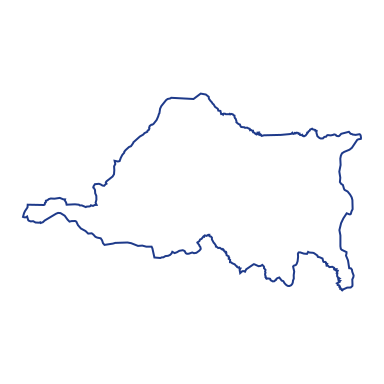 the district of Sucua, Morona Santiago, Ecuador
{"feature_id": "8360857B23495862214977", "entity_name": "Sucua", "entity_type": "district", "adm_level": 2, "iso_a3": "ECU", "parent_name": "Ecuador", "parent_adm1": "Morona Santiago", "projection": "mercator", "projection_center": [-78.202, -2.485], "detail": "fine", "context": "isolated", "style": "outline", "palette": "blue", "viewbox_px": 384, "rotation_deg": 0, "n_neighbors": 0, "source": "geoboundaries", "source_scale": "gbopen_adm2", "svg_char_len": 6046}
<svg xmlns="http://www.w3.org/2000/svg" viewBox="0 0 384 384"><path d="M23.0,216.9L24.2,217.3L25.9,217.3L27.1,216.5L28.2,220.1L28.6,220.6L30.7,221.4L33.2,221.2L35.5,222.5L39.1,222.7L40.2,222.3L40.6,223.0L42.9,222.2L44.7,220.5L56.1,213.7L58.1,212.9L60.5,213.1L64.7,215.7L67.6,219.7L69.5,221.6L71.5,221.1L75.1,221.0L76.3,221.6L78.0,225.2L80.9,228.5L85.5,231.0L88.2,233.6L91.7,233.3L93.3,234.5L95.4,236.8L97.2,237.6L100.7,238.3L102.1,240.4L103.0,243.2L104.5,244.9L112.9,243.6L115.3,242.9L127.5,242.5L131.2,243.2L138.0,245.9L142.3,245.6L146.4,246.7L151.6,246.7L152.4,248.4L154.4,257.5L160.4,258.0L161.6,257.4L163.4,257.3L165.4,256.1L168.1,255.8L170.1,254.9L171.5,253.5L172.3,251.8L174.6,253.1L177.0,252.2L179.3,250.8L182.8,250.2L184.6,251.0L185.8,253.2L187.0,253.8L188.8,253.7L192.2,252.5L194.0,253.2L196.4,252.8L199.4,250.6L200.6,249.2L200.7,248.5L200.3,246.9L199.4,245.8L199.2,245.0L197.3,242.6L197.4,242.4L199.3,241.2L200.1,239.5L201.5,238.9L203.4,236.5L204.1,236.7L204.2,235.9L204.8,235.4L206.4,235.9L208.3,234.8L209.2,234.8L209.0,235.5L209.5,235.5L210.0,236.4L211.0,236.6L211.9,237.6L211.9,239.4L213.8,242.9L214.3,243.2L215.9,245.6L215.9,246.6L216.7,246.8L218.2,248.0L219.8,247.8L222.2,249.5L222.8,249.0L223.6,249.7L223.6,250.2L224.4,251.3L226.0,251.8L226.1,252.0L225.4,252.2L225.4,252.5L226.4,253.8L226.6,255.2L228.7,256.4L228.6,257.1L229.2,257.8L228.7,258.8L230.1,259.8L230.0,262.2L231.3,262.4L232.1,263.2L234.7,264.3L236.0,265.8L236.8,266.2L237.1,267.0L238.3,267.6L239.1,267.3L239.5,268.4L240.4,268.5L239.6,269.8L240.2,273.1L242.3,271.2L244.0,271.1L245.0,271.7L246.2,269.3L253.7,264.2L254.4,264.3L258.6,266.2L260.7,265.9L262.3,264.9L263.7,266.3L264.1,267.1L264.0,268.2L265.5,269.9L265.1,271.7L265.5,272.8L265.1,273.7L265.1,274.9L265.6,276.1L265.4,277.0L265.9,277.3L266.1,278.4L266.8,278.8L267.5,278.4L269.9,278.7L270.2,279.0L270.6,280.2L272.8,281.4L274.4,281.2L275.5,280.0L276.1,279.8L276.2,279.2L277.3,278.2L279.3,277.5L281.7,280.6L283.0,281.0L283.5,281.4L284.3,282.9L285.8,284.6L287.5,285.8L288.5,286.0L289.4,286.0L291.2,285.2L292.3,283.8L292.8,282.4L293.0,280.6L293.8,278.6L293.7,275.2L294.2,271.5L293.1,266.6L293.6,265.8L295.8,265.0L296.7,263.8L297.6,261.2L298.1,256.8L297.9,253.9L298.4,252.7L298.7,252.4L300.2,252.4L303.8,253.6L307.0,253.9L308.1,251.9L309.2,252.5L313.0,252.8L314.1,253.2L317.5,255.6L317.6,256.5L318.0,257.0L319.5,257.2L322.5,258.5L323.3,261.6L323.9,262.0L325.2,261.9L326.0,262.5L326.0,263.3L327.1,263.8L326.4,264.7L326.6,265.7L327.8,265.6L329.4,267.1L332.3,266.8L334.1,267.8L334.0,269.0L334.4,269.6L335.1,269.7L335.8,269.1L336.6,269.2L336.0,270.5L336.8,271.1L337.6,271.0L336.8,272.9L337.3,273.0L337.4,273.5L337.1,274.4L337.2,276.3L337.9,277.3L339.3,278.3L338.2,278.6L338.4,279.9L340.0,280.7L339.3,281.1L339.8,281.4L339.7,281.9L337.0,283.3L337.6,283.8L337.7,285.0L339.2,285.4L339.4,286.9L339.9,286.8L339.9,287.5L340.4,287.8L340.2,288.8L341.6,289.1L341.8,290.2L342.3,290.4L343.2,289.4L347.2,287.6L350.7,287.5L352.3,286.1L352.5,285.0L352.3,279.5L353.4,277.0L353.6,275.4L352.3,271.9L351.9,269.6L350.8,268.3L349.2,268.2L348.0,260.4L346.0,255.6L346.5,253.3L346.5,252.1L341.7,249.8L340.8,248.8L340.4,246.2L340.4,235.4L339.4,230.1L341.1,223.1L343.4,218.3L346.7,213.3L349.3,214.3L350.2,214.3L350.8,213.9L351.5,211.4L352.6,209.2L352.6,208.2L352.4,200.1L351.7,197.4L350.1,194.6L347.6,191.5L344.6,189.9L344.0,188.8L342.9,185.0L341.1,183.8L339.9,182.0L340.3,177.7L339.3,171.6L340.6,165.0L340.3,158.6L340.9,155.6L342.0,153.3L344.2,151.9L349.5,149.7L351.9,147.8L357.2,139.9L358.3,139.3L360.8,138.9L361.0,137.9L360.7,135.7L360.2,134.6L359.5,134.2L355.6,134.9L352.6,134.5L351.8,134.0L350.6,133.8L348.9,131.8L341.2,133.8L339.3,135.9L338.4,136.2L337.0,136.0L336.0,135.4L335.7,134.8L334.1,134.4L333.4,134.8L330.8,135.4L327.8,135.1L326.9,135.5L326.1,136.7L324.4,136.9L322.9,138.4L320.8,138.5L319.5,138.0L317.4,136.2L316.4,132.7L316.6,130.9L315.4,130.8L315.3,130.0L312.7,129.3L312.1,128.7L310.1,129.6L309.7,130.6L308.5,131.4L308.1,132.3L307.2,132.6L307.3,133.3L305.6,135.5L304.0,136.3L303.5,135.9L302.8,135.9L302.2,134.8L301.6,135.2L300.0,134.9L299.6,133.6L298.7,133.8L298.7,133.5L298.0,132.9L296.6,132.7L295.8,133.4L295.2,132.9L294.7,132.9L294.3,133.6L293.6,133.9L292.9,133.8L292.3,132.8L291.3,133.8L289.5,134.1L280.9,134.9L263.9,135.3L261.8,135.9L261.2,135.0L260.8,135.3L260.4,135.2L260.0,134.1L259.1,134.7L258.5,134.0L258.9,132.5L257.9,132.6L258.2,133.2L258.0,133.4L256.6,133.6L257.0,134.3L256.5,134.5L255.1,133.6L254.4,132.7L253.1,132.3L253.0,130.7L251.8,130.6L251.1,130.0L250.1,130.2L250.0,129.2L249.6,128.7L248.9,128.7L247.3,127.7L244.9,127.8L244.4,127.3L241.2,127.0L240.4,125.9L239.9,124.5L238.6,124.1L236.4,122.3L236.5,121.3L235.6,118.7L235.0,118.2L234.5,116.9L234.5,115.6L233.4,115.1L232.8,114.3L231.2,113.9L230.2,114.4L229.7,113.8L229.0,114.2L225.8,114.2L225.3,113.8L223.9,113.6L223.1,114.7L222.5,114.0L221.2,114.1L220.4,110.9L218.3,110.6L217.8,108.8L215.0,106.8L213.7,104.5L212.5,103.5L212.0,102.5L210.6,101.0L208.9,98.7L208.7,96.8L205.8,94.5L200.7,93.6L193.5,99.0L171.2,97.8L170.4,98.4L167.6,99.0L166.1,100.1L161.3,106.1L160.1,108.7L159.4,113.3L158.9,114.0L158.2,116.4L156.6,120.0L153.5,123.9L152.3,124.7L151.4,124.7L149.7,126.0L149.1,127.9L149.4,128.5L148.9,129.8L147.6,130.6L147.3,131.8L144.5,133.1L143.2,134.6L139.9,136.5L133.4,142.3L133.1,143.2L131.0,146.2L129.0,147.0L125.6,150.1L124.3,151.7L124.2,152.7L122.3,154.9L120.8,157.8L119.6,161.1L117.9,161.5L114.6,160.8L115.3,164.0L114.1,166.3L114.3,170.2L114.0,174.2L112.6,176.5L106.4,181.4L105.8,182.4L106.5,183.7L105.6,184.2L104.1,185.8L102.4,185.5L100.6,184.4L98.9,183.8L94.9,184.2L93.5,186.4L93.3,187.6L94.0,188.1L95.0,190.0L95.2,193.3L96.3,195.8L96.4,199.7L95.6,202.8L96.6,204.9L94.7,205.0L93.0,205.9L90.9,205.3L90.6,205.9L89.7,206.4L86.7,206.6L85.8,207.1L81.8,205.4L79.7,205.4L78.9,204.7L74.9,204.3L66.6,204.7L66.1,202.5L64.7,200.2L65.0,199.4L63.2,199.3L59.8,197.9L54.5,198.7L50.8,198.5L48.8,199.1L47.5,200.2L45.9,200.7L45.8,202.3L45.0,202.8L44.7,204.5L43.8,205.0L27.7,204.7L27.5,207.4L25.0,211.1L24.0,213.3L23.0,216.9Z" fill="none" stroke="#1e3a8a" stroke-width="2"/></svg>